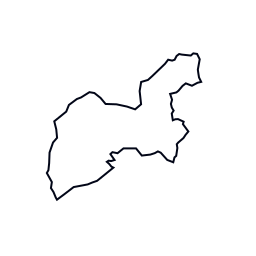 outline of Tessaoua, Maradi, Niger, rotated 231°
{"feature_id": "23599985B9962986153255", "entity_name": "Tessaoua", "entity_type": "district", "adm_level": 2, "iso_a3": "NER", "parent_name": "Niger", "parent_adm1": "Maradi", "projection": "robinson", "projection_center": [8.153, 13.835], "detail": "fine", "context": "isolated", "style": "outline", "palette": "ink", "viewbox_px": 256, "rotation_deg": 231, "n_neighbors": 0, "source": "geoboundaries", "source_scale": "gbopen_adm2", "svg_char_len": 1295}
<svg xmlns="http://www.w3.org/2000/svg" viewBox="0 0 256 256"><g transform="rotate(231 128 128)"><path d="M86.5,168.6L87.3,172.7L96.4,173.1L97.9,175.2L103.4,172.5L105.0,170.3L105.8,167.7L111.7,171.1L112.8,174.4L116.3,174.9L119.7,176.5L122.2,180.0L128.0,182.2L125.2,188.0L125.2,190.7L126.4,196.9L126.3,201.0L120.6,204.3L119.4,210.5L118.3,212.8L117.8,213.9L122.6,215.0L126.1,217.0L129.4,219.0L136.3,227.0L142.1,228.3L144.9,225.7L144.8,222.4L151.2,216.0L153.3,214.3L153.4,211.1L151.7,207.2L152.6,204.7L155.8,202.2L154.6,197.1L153.1,179.6L152.8,173.7L155.5,167.2L149.4,160.3L148.5,159.7L148.0,159.4L138.2,153.1L138.0,145.3L145.3,140.7L153.6,134.0L160.8,125.7L168.6,125.6L176.3,123.9L180.1,120.6L181.3,110.7L182.7,106.5L183.1,96.6L179.6,90.3L179.6,74.9L172.1,71.4L165.0,66.7L163.9,60.6L158.3,51.6L150.3,44.6L145.3,39.6L144.1,36.6L133.9,34.8L129.8,30.3L125.1,29.8L119.4,28.1L117.0,27.7L116.6,37.2L116.3,48.6L112.4,55.8L109.5,61.2L108.1,66.0L106.4,70.7L106.4,91.7L108.5,90.8L111.9,90.8L115.0,90.3L114.8,92.4L112.9,94.1L111.6,97.4L118.8,97.9L119.0,100.7L115.0,104.0L115.0,111.6L107.1,121.4L97.9,121.4L93.3,128.6L91.6,133.0L91.0,136.5L88.2,137.9L78.5,138.4L72.9,141.6L75.9,145.6L76.0,147.9L81.4,153.8L84.7,155.7L85.1,157.9L85.3,164.8L86.5,168.6Z" fill="none" stroke="#020617" stroke-width="2"/></g></svg>